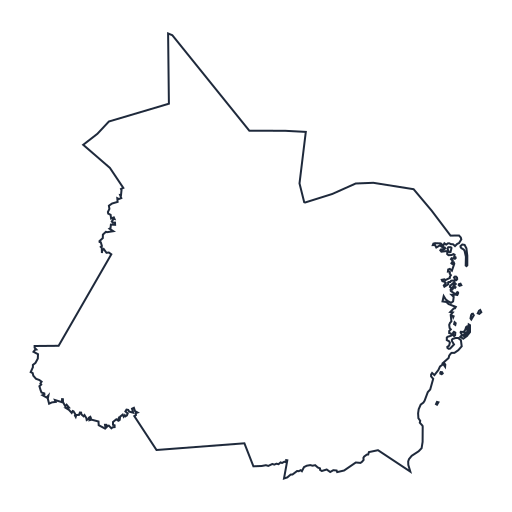 the district of Madang District, Madang, Papua New Guinea
{"feature_id": "67681753B97158406764408", "entity_name": "Madang District", "entity_type": "district", "adm_level": 2, "iso_a3": "PNG", "parent_name": "Papua New Guinea", "parent_adm1": "Madang", "projection": "mercator", "projection_center": [145.661, -5.093], "detail": "fine", "context": "isolated", "style": "outline", "palette": "slate", "viewbox_px": 512, "rotation_deg": 0, "n_neighbors": 0, "source": "geoboundaries", "source_scale": "gbopen_adm2", "svg_char_len": 6073}
<svg xmlns="http://www.w3.org/2000/svg" viewBox="0 0 512 512"><path d="M459.0,235.5L450.5,235.6L431.6,210.6L413.6,189.2L373.3,182.8L355.7,183.5L332.2,194.0L305.1,202.5L304.2,202.2L299.5,183.4L305.8,131.9L285.2,130.8L249.3,130.7L172.3,35.2L168.1,33.5L168.9,103.7L108.9,121.5L97.4,133.8L83.2,144.8L109.9,167.9L123.3,187.9L121.0,189.0L121.5,190.2L121.0,195.1L120.1,195.0L121.3,198.1L118.9,199.0L117.3,198.2L117.6,201.9L112.1,203.5L108.9,205.7L109.4,208.9L107.9,212.0L108.2,213.6L110.6,214.8L111.1,218.5L113.8,217.4L114.5,219.0L113.6,218.8L111.8,221.5L112.8,222.6L115.0,222.6L115.1,224.8L110.9,224.6L110.5,228.1L109.5,228.7L113.3,231.2L107.0,232.2L105.9,231.8L102.9,234.6L102.8,238.1L99.5,241.1L99.6,242.0L100.8,242.3L101.9,246.0L100.8,246.9L101.8,247.9L101.9,253.0L102.3,250.4L103.7,249.0L106.5,252.8L108.8,252.5L111.3,254.3L58.6,345.8L34.6,346.0L34.6,347.7L36.3,349.5L35.1,349.7L33.5,351.8L38.0,354.2L37.8,358.6L35.4,363.0L32.9,364.9L32.9,367.2L30.7,372.1L32.7,373.1L33.3,375.7L36.0,378.8L39.3,380.0L41.6,381.7L40.4,383.5L41.2,384.6L39.4,386.2L40.6,390.2L41.5,392.5L44.3,393.4L44.4,394.3L42.5,395.2L46.6,397.5L48.4,395.5L47.8,398.7L49.1,403.7L51.9,402.4L55.7,401.9L54.9,400.0L61.7,402.1L62.1,399.1L62.9,399.2L63.0,402.1L65.3,406.3L66.6,404.7L69.0,407.6L66.1,408.1L69.0,409.9L71.7,412.9L72.7,411.0L73.5,411.3L75.4,414.4L74.9,415.5L75.7,416.9L76.3,415.0L79.0,414.9L79.9,412.5L81.1,412.6L81.4,414.4L83.6,416.3L84.5,415.1L86.3,418.0L86.7,420.0L88.4,419.0L88.9,417.7L90.3,416.8L90.9,418.1L89.9,420.1L91.7,419.7L98.5,421.5L98.7,425.2L105.1,428.6L106.6,427.1L105.2,426.2L105.0,424.8L106.4,424.8L107.2,426.2L108.8,425.6L111.4,428.3L112.6,427.3L114.6,427.1L114.6,425.3L113.0,424.8L113.0,422.0L116.3,419.3L117.7,420.3L118.5,418.7L119.0,420.4L119.7,419.9L120.1,416.7L122.7,414.6L123.7,416.7L124.8,415.2L125.5,416.3L126.9,415.4L127.7,413.4L125.4,411.4L126.5,409.6L128.2,409.9L129.2,411.6L133.2,412.7L132.0,408.7L133.9,407.8L135.0,411.1L137.5,412.5L135.8,413.1L135.9,415.1L134.3,416.1L156.5,450.0L244.4,443.3L253.4,466.3L261.6,466.0L265.9,465.2L268.3,465.9L272.3,464.0L274.3,464.6L276.5,463.7L278.5,464.2L280.6,462.4L282.0,463.0L284.4,461.7L286.0,462.2L286.2,460.1L287.3,460.3L284.0,478.5L287.3,477.4L290.6,474.6L292.5,474.5L297.1,471.0L298.7,471.2L300.7,470.2L301.9,471.2L304.0,467.1L306.8,465.7L310.3,465.1L312.5,465.7L315.2,465.2L317.8,467.5L320.0,468.4L320.1,469.9L321.8,471.0L326.7,469.5L330.2,472.0L333.3,470.2L336.6,470.5L337.2,472.1L344.1,470.5L355.8,462.5L360.5,462.9L362.1,461.7L363.6,459.9L363.4,457.9L364.1,456.6L366.8,454.6L368.2,454.5L368.9,452.1L378.0,450.2L410.3,471.6L408.3,464.9L408.2,461.4L409.0,459.1L411.7,455.8L418.6,451.3L421.6,448.2L422.6,441.9L422.7,426.7L422.5,425.7L419.8,422.7L420.2,420.8L418.4,418.2L418.1,413.3L418.7,409.2L420.7,404.6L423.4,402.6L424.6,400.7L427.8,392.1L430.2,389.5L433.2,378.8L431.1,376.4L431.1,374.5L432.1,373.0L434.4,375.1L438.4,370.0L440.0,366.5L442.3,364.8L442.5,363.4L448.6,358.0L449.2,355.6L450.8,353.5L451.6,352.9L454.4,352.9L458.3,350.2L461.7,346.3L460.9,340.2L458.1,338.0L455.6,338.0L452.5,339.0L451.9,339.8L451.9,341.0L454.0,344.5L450.1,348.6L448.7,348.8L447.5,348.0L447.3,346.9L449.1,345.6L449.9,342.7L449.1,341.3L446.8,340.1L446.8,337.6L447.6,336.8L451.1,335.7L451.7,334.9L450.8,333.5L449.2,333.1L449.2,331.0L450.8,329.4L449.6,328.0L449.2,324.9L450.0,322.9L451.4,321.4L450.7,314.9L452.8,312.4L450.3,312.0L453.7,308.5L455.0,308.3L455.8,306.9L448.6,304.1L446.4,302.0L442.5,301.4L443.7,296.1L445.7,299.4L448.0,301.2L451.1,302.8L453.1,301.4L453.7,296.9L451.6,294.8L454.1,294.8L454.3,293.4L450.8,291.0L450.6,289.7L451.2,289.1L452.4,289.5L453.0,288.5L452.6,287.7L450.8,287.7L449.9,286.9L450.1,285.8L454.4,282.1L454.6,281.1L454.0,280.5L451.1,280.7L450.3,282.0L448.7,282.0L448.1,282.4L448.3,284.2L444.4,286.7L443.8,285.5L445.8,283.0L444.6,281.8L442.4,281.2L441.8,279.8L444.4,279.3L445.4,280.1L449.9,277.9L449.9,276.6L450.9,275.2L449.7,273.6L449.9,272.1L449.2,271.5L447.9,271.6L448.2,269.5L449.8,268.9L451.9,270.7L454.3,263.7L453.9,262.7L452.3,264.0L451.4,263.3L452.8,260.9L451.0,259.1L451.6,258.2L454.9,258.8L455.7,258.0L455.5,257.2L454.2,256.8L454.6,254.7L453.4,254.1L451.6,255.0L448.5,255.2L447.2,254.1L447.3,251.9L446.3,251.1L441.4,251.7L440.3,250.3L441.2,249.3L442.4,249.7L444.4,249.1L445.2,248.2L444.6,247.4L443.0,247.6L439.9,245.4L436.3,247.5L435.0,245.0L432.8,245.1L433.4,243.6L435.0,243.2L440.7,243.4L443.2,245.6L444.4,243.3L446.2,244.6L448.0,243.3L449.3,243.3L450.7,244.1L453.1,244.3L455.0,246.1L457.2,243.9L459.0,243.1L461.3,239.4L460.8,237.5L459.0,235.5ZM470.0,332.1L470.0,325.2L468.7,324.4L468.1,330.5L466.7,329.7L466.5,326.8L466.1,327.1L465.3,329.7L463.7,332.0L460.8,331.8L460.6,332.6L462.1,334.9L460.2,336.9L463.3,338.7L467.2,335.8L468.0,334.5L467.0,333.6L464.5,336.1L463.5,335.9L463.9,334.4L466.3,332.2L467.3,332.0L468.0,332.6L467.6,333.4L468.6,333.9L470.0,332.1ZM467.3,265.3L467.3,255.7L466.4,248.3L464.6,244.9L462.3,244.5L460.5,246.1L460.5,246.9L461.3,248.1L463.8,249.6L464.6,251.0L465.9,256.7L465.7,265.5L466.5,266.1L467.3,265.3ZM450.5,252.1L451.5,248.0L450.7,247.2L448.3,247.2L447.5,248.6L448.7,251.7L449.3,252.3L450.5,252.1ZM471.3,319.5L473.8,315.3L472.9,313.7L471.9,313.9L471.1,315.2L470.5,318.4L471.3,319.5ZM455.1,335.3L455.3,332.6L453.9,331.8L453.1,332.7L453.1,335.3L454.1,336.1L455.1,335.3ZM479.3,313.9L481.3,312.2L480.2,310.0L479.0,310.8L477.8,313.3L479.3,313.9ZM457.2,279.1L457.0,277.6L456.0,276.6L454.8,276.6L454.0,277.4L455.2,279.5L456.4,280.1L457.2,279.1ZM437.0,404.7L438.4,402.3L437.0,401.9L436.0,404.1L437.0,404.7ZM459.5,285.8L461.3,285.2L460.5,283.7L458.9,284.2L458.7,285.0L459.5,285.8ZM457.3,295.0L458.1,293.4L458.1,292.5L457.3,292.1L456.1,293.6L456.1,294.8L457.3,295.0ZM442.7,373.4L442.1,372.2L440.7,372.0L440.3,372.6L440.3,373.6L441.7,374.2L442.7,373.4ZM455.3,324.9L455.7,323.2L454.6,322.2L454.1,324.1L455.3,324.9ZM445.1,366.7L445.3,364.6L444.7,363.8L443.9,365.0L445.1,366.7ZM455.0,287.9L455.5,287.2L453.6,286.0L453.2,286.6L455.0,287.9ZM455.8,284.0L455.2,283.4L454.0,285.0L454.6,285.2L455.8,284.0ZM453.2,317.3L453.6,316.3L452.6,315.9L453.2,317.3Z" fill="none" stroke="#1e293b" stroke-width="2"/></svg>